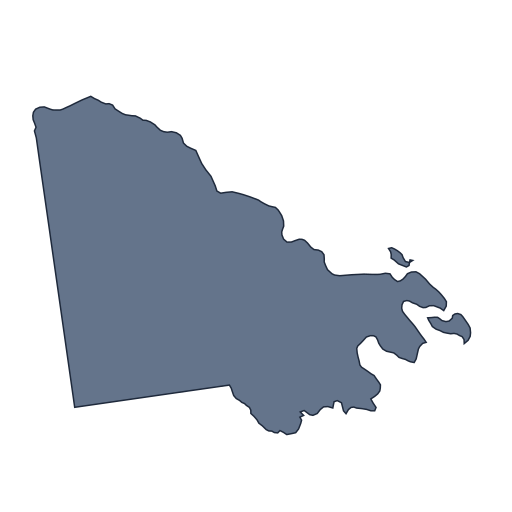 the district of Icatu, Maranhão, Brazil, rotated 82°
{"feature_id": "56859067B15059042141661", "entity_name": "Icatu", "entity_type": "district", "adm_level": 2, "iso_a3": "BRA", "parent_name": "Brazil", "parent_adm1": "Maranhão", "projection": "albers", "projection_center": [-43.84, -2.589], "detail": "fine", "context": "isolated", "style": "filled", "palette": "slate", "viewbox_px": 512, "rotation_deg": 82, "n_neighbors": 0, "source": "geoboundaries", "source_scale": "gbopen_adm2", "svg_char_len": 3928}
<svg xmlns="http://www.w3.org/2000/svg" viewBox="0 0 512 512"><g transform="rotate(82 256 256)"><path d="M101.3,458.0L108.4,457.1L112.7,457.1L117.7,457.1L125.1,457.1L128.9,457.1L202.9,456.9L212.8,456.9L313.5,456.7L319.8,456.7L370.8,456.6L380.6,456.6L380.2,338.6L380.2,334.7L380.1,300.3L383.5,298.9L386.5,298.4L391.1,297.5L394.4,295.4L396.7,292.4L399.0,290.4L400.5,287.9L402.6,286.3L405.0,283.6L407.9,282.6L411.2,283.0L414.5,280.3L418.4,277.8L422.0,276.4L425.0,273.4L429.3,270.1L431.0,267.7L431.6,264.7L433.4,262.4L434.2,259.1L432.2,256.6L434.5,253.3L437.1,250.4L436.8,244.8L436.5,241.3L433.2,237.9L428.0,235.0L424.9,233.7L421.7,235.0L420.5,231.0L416.6,233.9L415.7,229.8L420.6,224.9L421.7,221.8L420.5,217.3L417.0,213.7L414.8,210.1L415.1,205.8L417.2,201.1L411.2,199.0L410.5,195.7L413.2,191.8L418.7,191.2L421.5,190.9L424.7,188.8L421.0,185.9L419.2,183.0L419.2,180.2L420.6,177.5L421.9,172.3L423.3,167.8L425.3,163.7L425.8,160.0L422.7,158.2L417.9,160.5L413.5,162.2L411.6,158.1L409.5,154.7L406.9,152.2L404.1,151.3L400.9,150.7L398.0,152.0L394.3,154.0L390.8,155.7L388.7,158.4L385.5,161.7L382.5,165.0L380.8,167.0L378.3,168.3L374.2,168.5L370.2,169.0L366.1,169.3L361.5,169.1L359.2,167.7L357.1,164.7L354.7,161.7L351.6,158.0L350.8,153.9L351.3,150.7L352.8,148.5L355.9,147.3L359.4,146.6L362.2,145.4L365.8,143.4L368.5,140.0L369.8,136.5L371.1,133.1L373.7,130.5L376.3,128.5L377.9,125.4L379.2,122.4L380.9,120.1L382.2,117.9L383.5,114.2L380.2,111.7L374.6,109.6L370.7,108.1L368.4,106.5L365.7,103.1L365.2,99.5L361.7,101.2L358.6,103.0L355.6,104.6L348.4,108.2L346.0,109.6L343.5,111.2L341.1,112.8L338.3,114.5L334.6,116.8L331.2,118.6L328.0,119.0L324.6,118.2L321.5,116.2L321.1,112.9L321.9,110.4L324.1,107.6L326.2,103.5L328.6,101.0L330.4,97.7L330.6,95.0L329.4,91.2L329.9,86.9L331.5,84.0L333.2,80.9L336.2,77.7L332.1,74.6L327.8,73.8L324.2,75.4L320.4,77.7L317.0,80.0L313.8,82.7L311.6,85.0L307.9,88.0L302.6,91.3L299.3,94.0L296.3,96.5L293.9,99.8L293.5,104.4L294.6,108.5L297.1,110.9L299.3,113.6L300.7,116.5L301.0,119.4L298.6,122.1L296.0,124.1L292.3,125.8L291.1,130.3L291.4,135.5L291.1,138.8L290.2,144.7L289.0,151.6L287.9,163.6L287.2,175.8L285.8,180.8L284.2,183.2L279.5,187.1L275.2,188.4L271.4,189.3L268.5,188.8L264.2,188.5L260.9,190.3L258.8,193.5L257.7,197.7L254.8,200.5L250.3,203.2L247.2,205.7L245.9,208.1L245.4,210.9L246.2,215.1L247.1,219.0L246.6,223.3L243.2,226.3L238.8,227.4L235.8,227.2L233.2,226.0L230.3,224.4L225.1,223.9L219.7,224.9L216.0,226.5L213.5,227.7L210.6,230.0L209.5,233.0L208.2,236.3L205.5,240.3L202.9,243.7L201.0,245.7L196.5,253.9L193.4,260.2L191.7,264.1L189.1,270.7L188.8,276.8L188.9,282.2L186.2,285.7L180.9,286.6L170.8,289.5L163.7,293.7L156.9,296.9L152.5,298.2L147.7,299.6L143.1,300.9L140.1,305.8L137.7,309.3L134.1,312.1L129.1,312.8L126.0,314.1L122.9,317.7L121.1,322.4L121.1,326.6L120.0,330.2L118.2,333.2L114.4,336.3L112.1,337.8L108.5,342.0L106.4,345.9L105.8,349.1L103.5,351.4L100.5,355.9L99.8,359.5L98.8,362.8L98.0,365.6L96.2,368.7L93.3,372.1L90.7,375.1L86.6,377.0L84.7,380.3L84.5,383.6L82.1,387.9L79.9,390.4L77.6,394.1L74.9,397.4L77.2,406.4L79.9,414.8L81.4,419.2L82.4,422.7L83.7,426.9L84.2,429.7L83.7,433.2L83.1,436.9L82.0,439.3L78.9,444.9L78.6,449.4L79.9,453.8L82.7,456.4L86.1,457.5L90.0,457.7L93.5,456.8L97.9,455.9L101.3,458.0ZM369.0,57.7L365.4,55.1L361.9,54.2L357.1,54.0L353.3,55.4L349.3,57.4L344.8,59.7L342.5,61.3L341.0,64.3L341.1,67.1L342.3,69.5L344.9,70.3L347.3,73.8L347.4,77.1L345.8,80.9L343.8,82.7L342.0,84.7L341.5,87.6L341.4,90.9L341.1,94.6L343.7,93.9L347.3,92.3L350.4,91.2L353.5,87.9L355.4,84.3L357.7,81.0L358.8,78.0L360.1,74.1L360.2,70.7L361.2,67.9L363.1,65.5L364.5,63.1L367.7,61.6L371.7,62.0L369.0,57.7ZM283.8,104.9L282.3,108.8L278.0,110.6L275.0,111.2L272.8,112.9L270.5,115.2L268.4,117.8L266.7,120.5L267.0,123.7L270.6,122.1L273.4,121.9L276.9,122.5L279.2,119.7L283.6,116.0L285.8,112.1L287.8,108.6L286.7,105.8L283.8,104.9ZM283.8,104.9L282.2,101.5L281.3,104.0L283.8,104.9Z" fill="#64748b" stroke="#1e293b" stroke-width="1.5"/></g></svg>